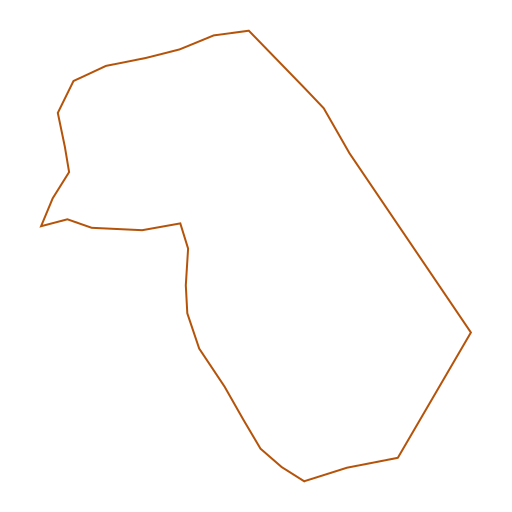 Kouh Est, Logone Oriental, Chad (Albers equal-area conic projection)
{"feature_id": "50815135B98764858098702", "entity_name": "Kouh Est", "entity_type": "district", "adm_level": 2, "iso_a3": "TCD", "parent_name": "Chad", "parent_adm1": "Logone Oriental", "projection": "albers", "projection_center": [17.009, 8.381], "detail": "fine", "context": "isolated", "style": "outline", "palette": "amber", "viewbox_px": 512, "rotation_deg": 0, "n_neighbors": 0, "source": "geoboundaries", "source_scale": "gbopen_adm2", "svg_char_len": 530}
<svg xmlns="http://www.w3.org/2000/svg" viewBox="0 0 512 512"><path d="M73.5,81.0L57.8,112.9L64.9,147.0L69.1,172.1L52.7,198.3L41.1,226.2L67.4,219.3L91.7,227.8L142.2,230.2L180.3,223.4L188.1,248.6L185.8,285.3L187.3,313.3L199.2,348.6L224.6,386.7L243.3,419.6L260.5,448.7L281.7,467.1L304.2,481.3L304.3,481.2L347.0,467.7L397.8,457.8L397.9,457.7L428.4,405.4L470.9,332.5L349.5,153.3L336.3,130.2L323.7,108.2L303.3,86.8L248.8,30.7L213.7,35.4L179.6,49.4L146.1,57.9L105.9,65.9L73.5,81.0Z" fill="none" stroke="#b45309" stroke-width="2"/></svg>